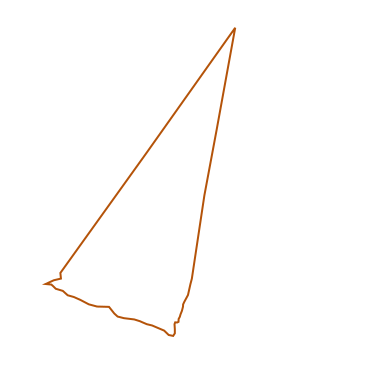 outline of Al Burgaig, Northern, Sudan, rotated 305°
{"feature_id": "16777658B75799368386758", "entity_name": "Al Burgaig", "entity_type": "district", "adm_level": 2, "iso_a3": "SDN", "parent_name": "Sudan", "parent_adm1": "Northern", "projection": "albers", "projection_center": [30.508, 19.556], "detail": "fine", "context": "isolated", "style": "outline", "palette": "amber", "viewbox_px": 384, "rotation_deg": 305, "n_neighbors": 0, "source": "geoboundaries", "source_scale": "gbopen_adm2", "svg_char_len": 703}
<svg xmlns="http://www.w3.org/2000/svg" viewBox="0 0 384 384"><g transform="rotate(305 192 192)"><path d="M351.3,133.2L336.9,133.1L197.1,132.3L50.2,130.6L45.9,134.3L40.4,129.4L32.7,124.9L35.5,129.9L35.2,132.4L34.6,135.9L36.9,142.9L36.1,149.4L38.2,155.4L39.6,162.6L40.8,171.9L43.7,179.9L50.3,189.9L47.9,198.0L47.3,202.5L49.6,208.6L54.5,217.8L56.3,223.5L56.7,225.6L57.8,230.8L59.8,235.9L60.8,240.7L62.5,248.7L61.5,254.9L63.3,259.1L66.4,259.0L69.8,256.6L73.7,253.5L75.6,253.0L76.6,254.7L77.9,255.4L80.3,253.9L82.8,253.6L85.1,252.8L88.9,251.9L92.9,250.4L94.8,249.2L97.6,248.7L105.3,247.8L115.5,243.6L120.9,241.6L196.3,204.1L257.1,176.5L351.3,133.2Z" fill="none" stroke="#b45309" stroke-width="2"/></g></svg>